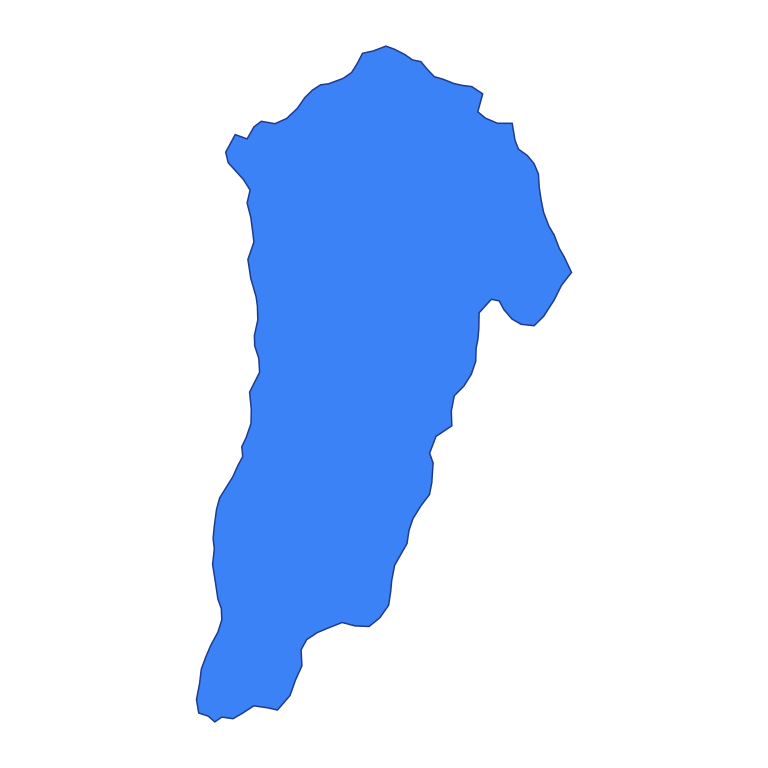 Fernando Prestes, São Paulo, Brazil
{"feature_id": "56859067B72667219694885", "entity_name": "Fernando Prestes", "entity_type": "district", "adm_level": 2, "iso_a3": "BRA", "parent_name": "Brazil", "parent_adm1": "São Paulo", "projection": "natural_earth1", "projection_center": [-48.697, -21.321], "detail": "fine", "context": "isolated", "style": "filled", "palette": "blue", "viewbox_px": 768, "rotation_deg": 0, "n_neighbors": 0, "source": "geoboundaries", "source_scale": "gbopen_adm2", "svg_char_len": 1815}
<svg xmlns="http://www.w3.org/2000/svg" viewBox="0 0 768 768"><path d="M235.2,134.6L225.7,152.2L228.2,162.7L243.5,179.6L250.1,190.1L247.1,203.0L250.8,217.4L252.7,231.9L253.9,242.0L247.9,259.5L250.8,278.5L256.1,296.8L257.4,306.1L257.8,320.0L254.4,335.6L254.7,345.9L258.8,358.4L259.6,372.3L249.6,392.1L251.3,409.6L251.0,423.5L246.2,437.5L241.8,446.7L242.7,456.6L237.9,465.5L232.7,477.0L226.0,487.7L219.6,498.0L216.5,509.5L214.3,526.0L213.1,538.5L214.3,548.8L212.6,564.4L215.7,584.1L217.9,599.1L221.3,608.5L221.8,619.8L217.9,632.1L210.8,645.3L205.7,657.2L201.3,669.1L199.6,683.4L196.5,699.5L198.7,713.0L208.2,716.1L214.8,721.9L221.8,717.1L233.0,718.7L242.2,713.4L253.9,705.8L267.5,707.8L277.5,710.0L290.0,695.5L295.5,680.0L301.9,665.8L301.1,649.7L306.7,639.6L317.0,632.7L327.0,628.5L342.0,622.5L355.0,625.9L369.0,626.5L379.8,617.8L388.6,605.3L390.7,591.4L391.7,580.5L394.6,565.4L401.2,553.7L407.0,543.6L409.0,530.3L412.9,518.8L420.9,505.8L429.5,494.5L431.8,482.6L433.1,462.9L429.6,453.2L436.0,436.4L451.8,425.8L451.3,411.0L454.3,395.7L463.8,386.2L471.3,374.3L475.7,361.4L476.1,348.5L477.9,339.2L478.8,328.9L479.1,312.8L485.2,306.1L491.4,299.3L499.2,300.9L503.9,309.6L511.9,319.0L521.1,324.3L534.1,325.7L543.6,316.4L554.2,299.9L561.5,285.3L571.5,272.4L564.2,256.9L559.3,248.4L554.2,235.1L548.9,226.2L543.6,212.3L541.1,199.8L539.2,187.1L538.4,174.0L534.1,163.7L527.2,155.4L518.5,149.2L515.0,140.3L512.2,123.3L497.5,123.3L485.4,118.1L477.8,111.8L482.7,93.9L471.8,86.6L462.2,85.4L453.5,83.4L443.0,79.2L434.3,76.7L426.9,68.9L420.9,61.6L412.6,60.0L404.6,54.4L394.6,49.3L385.9,46.1L373.4,50.9L362.5,53.3L357.2,63.6L351.6,72.5L343.1,78.4L328.5,83.8L320.6,84.8L312.4,90.1L304.9,97.5L297.5,108.2L286.6,118.5L274.9,123.7L261.3,121.3L254.0,126.8L247.1,138.9L235.2,134.6Z" fill="#3b82f6" stroke="#1e3a8a" stroke-width="1.5"/></svg>